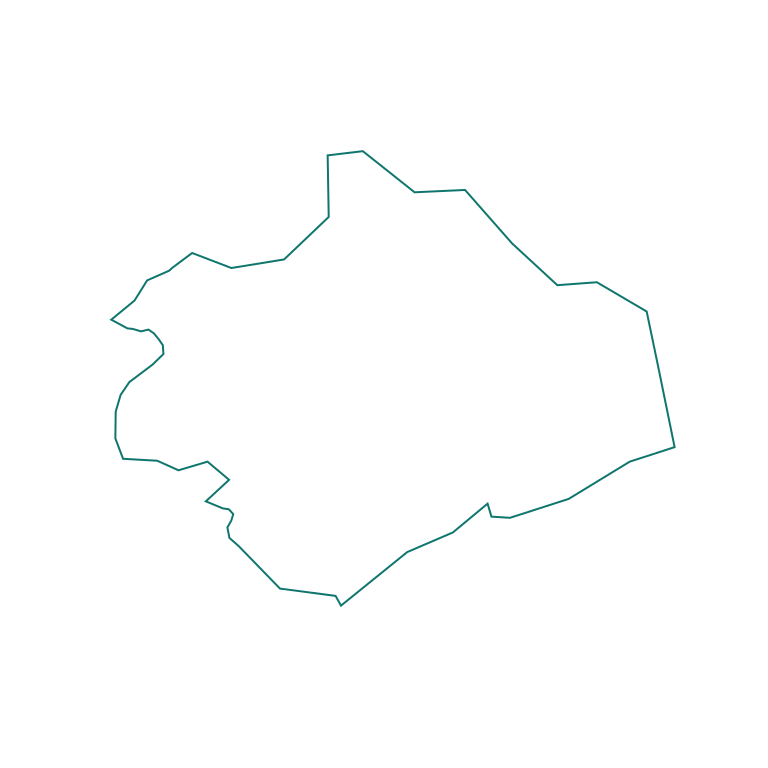 Brocenu, Robinson projection, rotated 143°
{"feature_id": "LVA-5711", "entity_name": "Brocenu", "entity_type": "Municipality", "adm_level": 1, "iso_a3": "LVA", "parent_name": "Latvia", "parent_adm1": "", "projection": "robinson", "projection_center": [22.717, 56.707], "detail": "fine", "context": "isolated", "style": "outline", "palette": "teal", "viewbox_px": 768, "rotation_deg": 143, "n_neighbors": 0, "source": "natural_earth", "source_scale": "10m", "svg_char_len": 838}
<svg xmlns="http://www.w3.org/2000/svg" viewBox="0 0 768 768"><g transform="rotate(143 384 384)"><path d="M551.7,232.9L550.2,243.9L590.2,283.2L597.6,342.0L600.1,354.1L595.4,363.7L588.2,366.8L582.7,370.8L583.3,377.3L587.6,381.7L596.9,397.5L565.4,400.7L571.7,428.2L600.1,438.8L611.3,459.2L637.4,481.3L631.3,502.2L614.9,523.4L600.9,533.8L586.2,538.8L557.0,538.8L542.1,540.7L537.3,548.1L537.0,555.4L537.3,563.0L539.4,569.2L546.4,572.3L551.5,579.2L555.5,582.9L563.1,599.5L533.0,600.8L510.8,609.3L487.4,603.8L483.0,604.2L458.4,604.1L436.1,568.5L388.8,543.6L327.6,550.7L291.4,600.5L260.8,582.7L244.2,518.7L202.5,490.2L197.1,419.1L186.1,358.6L152.8,337.2L130.6,283.8L155.7,230.5L189.9,158.7L234.5,174.1L305.7,181.1L363.9,201.3L378.0,213.4L373.3,226.1L418.3,224.0L466.6,235.8L551.7,232.9Z" fill="none" stroke="#0f766e" stroke-width="2"/></g></svg>